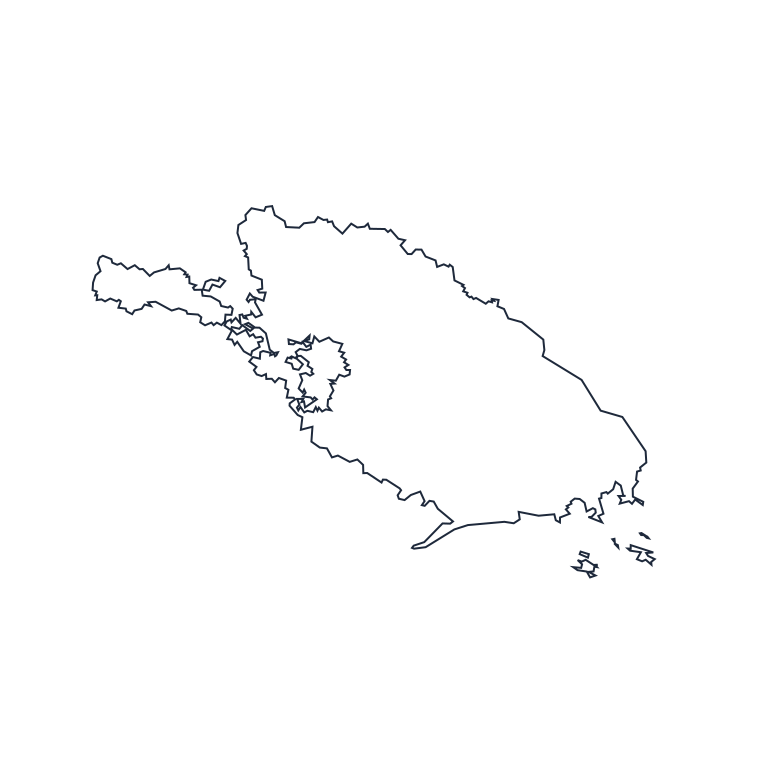 Las Palmas, Veraguas, Panama, rotated 286°
{"feature_id": "35544464B23901142884801", "entity_name": "Las Palmas", "entity_type": "district", "adm_level": 2, "iso_a3": "PAN", "parent_name": "Panama", "parent_adm1": "Veraguas", "projection": "natural_earth1", "projection_center": [-81.526, 8.102], "detail": "fine", "context": "isolated", "style": "outline", "palette": "slate", "viewbox_px": 768, "rotation_deg": 286, "n_neighbors": 0, "source": "geoboundaries", "source_scale": "gbopen_adm2", "svg_char_len": 6159}
<svg xmlns="http://www.w3.org/2000/svg" viewBox="0 0 768 768"><g transform="rotate(286 384 384)"><path d="M278.1,456.7L284.2,459.9L284.7,464.2L278.9,470.1L270.9,488.2L268.0,486.1L266.1,478.7L243.1,466.3L236.8,457.1L234.2,456.1L234.0,458.3L238.6,469.0L263.6,491.7L271.5,503.5L284.7,537.7L285.9,547.1L291.3,551.8L298.2,548.7L300.0,568.9L305.7,583.6L300.4,586.7L299.4,591.3L304.2,590.0L310.5,598.3L313.6,593.4L316.1,595.2L317.1,593.3L320.6,597.2L322.3,595.9L326.4,598.9L327.4,603.8L325.1,609.6L317.3,613.9L322.2,619.0L321.7,621.7L318.7,623.0L313.4,620.1L312.5,617.1L311.1,631.8L316.2,626.4L319.8,630.7L333.1,622.3L334.3,624.4L338.7,623.2L341.4,627.6L340.3,629.3L346.0,633.3L353.8,633.6L351.6,639.6L342.6,644.8L343.0,647.1L341.0,640.3L338.1,644.0L334.0,643.6L338.9,651.8L337.2,655.4L342.2,657.3L339.0,666.1L342.2,665.7L344.3,654.3L352.0,651.9L360.3,655.0L361.3,652.7L369.6,651.4L371.6,654.6L374.3,653.2L380.8,657.8L391.5,654.0L418.0,622.2L418.1,599.6L442.4,572.8L454.6,528.8L460.8,528.8L470.6,524.9L481.4,499.3L481.3,485.4L489.2,478.7L490.0,471.6L496.4,471.0L495.6,464.9L494.3,466.7L494.1,464.4L492.3,465.3L492.3,461.7L489.2,459.7L492.1,448.8L490.3,446.6L492.1,444.0L490.9,442.4L492.5,438.8L494.7,439.1L494.9,434.6L498.5,435.4L499.7,432.0L501.2,433.1L503.0,423.2L515.4,417.8L516.8,414.3L514.6,413.7L515.5,408.5L511.2,402.8L517.0,399.5L518.0,388.8L523.5,383.0L522.0,377.4L516.5,374.7L515.5,371.0L521.9,361.7L528.0,364.6L527.6,357.8L534.0,347.9L531.2,345.9L533.2,342.1L529.3,327.6L533.7,324.3L529.9,322.0L527.1,315.2L529.1,308.3L517.1,302.6L521.9,292.5L526.0,289.3L524.1,285.5L526.4,284.0L525.0,280.6L526.3,274.5L520.5,272.6L516.4,262.7L510.9,259.5L507.9,246.6L513.1,243.6L516.2,232.5L524.2,227.4L521.6,221.6L517.4,221.1L516.4,208.2L508.2,204.2L503.6,206.2L496.7,200.2L488.7,201.5L479.3,208.0L481.5,212.1L479.0,214.2L476.1,214.8L473.6,212.3L471.0,216.3L468.6,215.1L468.2,218.5L456.9,222.4L456.3,224.8L451.7,226.7L450.6,237.8L442.1,240.7L439.5,236.6L437.5,238.9L439.3,245.0L430.8,245.2L431.7,233.7L434.0,230.1L427.2,228.7L425.5,231.2L428.0,231.9L430.1,237.3L426.9,237.5L417.0,247.6L412.7,242.2L416.8,236.5L414.2,237.1L411.3,231.8L409.0,234.2L409.0,230.8L411.8,228.6L410.5,226.1L402.4,229.5L406.7,223.2L401.2,220.4L403.7,218.9L400.8,215.6L396.3,214.5L393.8,222.0L396.8,222.0L397.2,229.7L401.5,231.6L398.1,240.8L401.2,242.9L403.2,234.0L405.4,236.8L402.7,244.5L403.8,248.8L400.1,256.5L385.5,264.7L383.5,269.7L385.3,273.3L381.8,272.6L380.6,271.6L382.6,270.2L380.2,266.7L382.7,266.4L382.4,258.7L380.4,256.3L374.1,257.7L373.8,250.6L368.4,248.3L365.3,256.7L361.4,255.1L358.1,259.0L357.9,264.2L361.0,267.8L356.4,269.5L358.1,274.7L355.6,278.7L360.8,281.3L360.3,289.0L352.9,290.1L352.1,293.7L344.1,294.3L345.9,300.9L344.7,302.8L339.4,298.7L337.1,299.2L330.4,309.6L329.6,314.7L317.1,316.7L323.2,327.0L308.6,330.1L305.2,339.8L306.4,346.9L299.1,354.2L302.5,359.4L299.7,372.5L304.1,379.2L300.5,386.2L292.6,388.7L293.8,392.4L288.6,408.8L291.8,409.3L292.6,412.6L288.0,427.8L286.6,429.7L280.8,427.8L277.8,429.9L278.1,435.8L284.7,440.4L290.6,448.5L282.6,455.3L278.0,453.8L278.1,456.7ZM339.7,314.6L350.8,323.7L352.0,320.9L349.4,319.6L350.9,317.2L349.6,309.2L354.0,311.1L356.6,308.8L353.3,308.2L356.2,303.2L365.1,304.4L370.1,300.6L373.0,305.8L371.6,310.6L374.3,313.2L375.6,310.8L378.7,311.0L380.4,305.5L384.2,305.7L388.1,296.3L387.2,293.5L384.5,292.7L380.6,300.6L374.1,298.1L373.7,292.5L378.0,289.7L378.1,283.3L382.8,284.1L383.0,288.9L383.5,286.2L385.1,287.5L384.4,291.8L387.4,293.0L390.3,290.3L394.5,293.4L395.0,300.2L397.8,304.2L401.6,302.6L398.3,299.1L401.7,294.5L399.9,293.5L399.8,287.9L397.2,286.1L396.2,281.6L400.5,279.9L400.4,293.3L410.1,299.1L406.3,299.8L403.3,295.4L403.4,304.0L410.5,303.9L406.8,310.2L413.5,318.2L410.9,323.4L411.1,332.9L403.1,331.7L403.1,337.1L398.5,335.3L397.1,340.8L393.9,339.6L392.5,344.5L389.1,341.5L387.1,343.9L388.1,347.5L383.7,348.3L380.2,343.9L380.6,338.4L373.9,336.8L372.9,330.9L370.8,336.3L369.3,332.4L363.8,337.2L357.2,335.4L355.7,337.1L353.7,334.5L347.2,335.8L344.1,340.3L343.6,335.1L340.5,332.1L343.3,327.9L340.0,327.4L343.0,324.8L337.4,323.7L337.1,317.7L334.7,315.2L338.9,310.0L335.0,308.9L337.3,306.8L340.8,308.3L345.7,304.7L347.4,310.5L343.9,309.7L345.2,311.9L339.7,314.6ZM392.7,190.3L391.1,195.8L395.5,201.2L393.6,204.0L396.9,206.4L395.8,211.5L400.4,213.8L407.0,212.5L408.4,218.3L414.7,217.8L416.5,214.7L414.5,213.0L414.1,206.0L418.0,203.3L420.4,193.3L418.9,185.3L424.4,182.8L422.2,175.8L423.9,173.9L427.1,176.1L427.3,169.2L433.6,167.2L432.5,164.7L435.0,165.0L434.4,161.8L436.7,162.5L438.9,155.9L435.1,146.2L438.8,144.3L434.3,142.2L427.9,132.2L423.3,129.0L428.1,120.5L426.9,117.4L429.5,111.7L423.8,105.8L427.5,97.8L425.1,94.7L425.7,89.4L428.9,87.5L429.8,78.4L427.2,75.8L421.2,75.5L414.3,80.4L409.0,76.8L401.3,76.4L393.9,78.0L393.7,82.4L389.6,82.0L390.3,83.9L385.5,84.7L387.5,89.2L386.5,93.1L390.7,97.3L389.8,104.4L391.8,105.9L391.0,108.2L384.1,107.7L385.3,115.0L382.9,116.4L381.7,122.7L385.9,123.9L389.4,130.3L394.4,131.9L394.6,138.6L397.5,134.7L400.1,141.8L396.1,159.7L400.1,165.9L399.7,173.8L397.3,175.6L399.5,186.1L397.8,190.0L392.7,190.3ZM374.8,248.3L379.2,248.1L385.5,254.3L389.4,251.4L391.6,255.4L394.3,255.1L395.5,252.7L393.1,247.7L395.8,244.5L392.8,241.7L398.0,236.3L391.0,229.0L394.1,223.2L384.0,221.1L384.8,225.7L380.4,229.6L384.1,231.3L376.8,240.2L374.8,248.3ZM293.7,666.5L293.0,663.6L291.6,666.5L293.1,677.3L285.3,675.4L284.7,681.0L287.2,684.0L284.0,690.9L286.6,689.9L290.3,692.5L291.5,685.2L293.8,682.6L296.3,689.3L297.1,665.6L293.7,666.5ZM261.6,624.2L260.1,616.4L258.4,621.3L259.6,630.6L254.9,635.4L258.2,640.1L259.8,632.5L261.6,637.1L266.4,636.6L266.7,639.3L267.9,637.5L269.2,639.2L267.8,635.4L270.6,626.3L267.8,623.1L268.1,618.7L265.3,624.1L261.6,624.2ZM439.3,203.0L440.7,196.6L437.3,196.5L436.8,189.1L433.1,184.4L424.8,183.9L425.4,190.2L432.3,191.7L431.8,199.7L439.3,203.0ZM277.1,619.2L274.4,619.0L273.3,627.9L276.9,627.8L277.1,619.2ZM293.6,653.2L294.3,649.2L291.3,654.3L293.6,653.2ZM310.6,676.3L311.7,672.6L311.0,671.2L309.7,672.8L310.6,676.3ZM297.7,646.3L295.6,649.2L295.7,649.4L298.7,648.2L297.7,646.3ZM308.6,681.0L309.9,679.2L309.5,677.1L308.5,679.0L308.6,681.0Z" fill="none" stroke="#1e293b" stroke-width="2"/></g></svg>